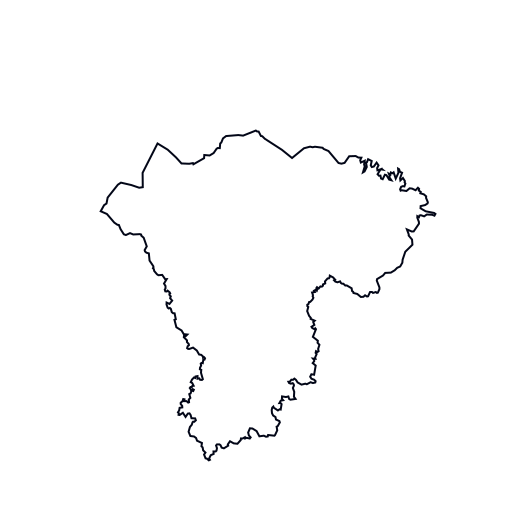 the district of Bela Vista, Mato Grosso do Sul, Brazil, rotated 320°
{"feature_id": "56859067B95751295676560", "entity_name": "Bela Vista", "entity_type": "district", "adm_level": 2, "iso_a3": "BRA", "parent_name": "Brazil", "parent_adm1": "Mato Grosso do Sul", "projection": "natural_earth1", "projection_center": [-56.561, -21.914], "detail": "fine", "context": "isolated", "style": "outline", "palette": "ink", "viewbox_px": 512, "rotation_deg": 320, "n_neighbors": 0, "source": "geoboundaries", "source_scale": "gbopen_adm2", "svg_char_len": 6138}
<svg xmlns="http://www.w3.org/2000/svg" viewBox="0 0 512 512"><g transform="rotate(320 256 256)"><path d="M423.4,312.8L422.8,310.5L424.1,309.4L423.9,307.8L420.5,308.2L418.9,304.7L417.2,302.9L413.0,302.9L409.9,299.3L408.8,298.9L409.3,297.5L411.7,296.3L413.4,296.9L414.4,298.1L417.0,296.5L417.2,295.1L418.2,294.3L418.7,290.7L415.2,290.9L416.4,289.0L421.4,286.1L420.4,284.0L421.4,281.5L421.0,280.4L418.6,283.8L412.8,286.5L415.2,280.4L413.8,280.4L413.0,278.7L411.4,280.0L410.7,278.3L409.9,280.6L408.8,281.1L408.4,285.0L407.1,283.1L407.9,277.9L407.0,276.6L402.4,278.6L401.6,277.0L403.0,274.4L401.8,273.6L401.7,271.5L407.2,269.7L404.1,268.4L405.3,266.5L408.1,265.3L408.4,262.0L403.8,263.2L401.9,262.3L402.2,260.3L405.7,257.6L404.1,253.9L401.4,255.4L400.3,255.2L398.1,259.0L393.5,261.0L391.7,260.7L396.8,257.3L397.7,255.3L400.5,252.9L396.4,251.8L397.4,249.6L399.9,248.4L397.7,246.4L396.6,243.5L391.5,239.5L383.7,241.6L380.8,240.2L379.0,237.8L379.0,222.2L376.6,217.4L376.6,215.9L371.4,210.2L369.3,209.1L367.7,207.0L362.0,204.3L346.6,204.1L344.1,191.3L338.1,171.8L337.8,168.3L336.9,167.2L338.0,162.4L336.8,161.2L336.5,159.8L323.5,155.5L320.2,152.0L310.2,144.9L306.3,144.7L302.3,146.8L300.9,146.8L297.6,150.1L296.1,148.7L294.8,148.5L289.7,149.9L285.1,149.2L281.3,145.4L279.1,147.7L267.0,145.5L267.4,144.3L264.1,142.4L258.4,137.2L258.1,129.1L256.7,117.8L252.9,106.5L222.6,119.4L213.5,130.5L210.4,128.6L206.1,121.5L199.7,113.0L196.0,112.6L179.9,115.9L175.2,119.7L172.3,119.4L165.8,121.9L168.8,128.0L168.9,139.3L169.9,143.0L170.9,144.1L169.5,148.4L168.7,154.4L169.8,156.3L174.2,157.5L175.8,160.6L181.1,164.6L181.8,165.7L181.2,166.7L181.7,169.8L178.5,178.4L174.5,179.9L173.9,181.2L174.2,183.1L175.6,185.1L171.5,191.1L170.8,197.7L170.3,198.7L169.2,199.1L169.3,200.4L168.4,202.0L168.4,206.4L168.9,208.0L172.0,210.2L171.5,215.4L172.7,216.3L167.8,218.0L167.4,220.8L165.8,222.7L164.5,223.1L163.8,224.8L164.8,225.8L166.0,225.7L166.5,228.3L166.2,229.5L165.1,229.5L164.6,230.6L164.8,232.1L163.1,233.1L163.1,236.3L158.9,237.1L157.6,234.2L156.3,235.6L155.1,238.8L155.4,240.1L156.6,240.4L156.8,241.7L155.4,244.9L155.7,246.5L156.8,247.6L153.9,252.9L152.5,252.5L149.2,259.4L151.1,265.2L150.4,269.4L152.9,272.0L150.5,272.2L149.4,271.0L148.5,271.8L148.9,276.3L147.8,277.5L147.9,280.2L147.3,281.2L145.7,281.2L144.0,282.3L144.3,283.6L145.3,284.4L148.9,285.7L149.9,290.4L149.1,294.9L150.5,296.5L150.8,298.9L150.1,299.9L151.2,300.2L151.2,301.6L149.9,302.3L148.8,301.7L146.3,303.9L145.6,302.9L144.5,302.9L143.5,304.7L141.3,305.6L140.2,306.7L140.9,308.0L138.8,310.1L136.1,316.2L134.9,316.2L133.6,314.9L133.9,313.3L132.3,312.4L134.0,310.4L132.2,309.4L131.0,310.3L130.4,309.2L127.6,309.5L124.9,310.7L125.5,312.3L124.8,315.3L123.6,314.6L122.5,315.2L121.6,314.3L120.4,314.6L120.2,317.6L117.6,319.2L116.1,318.9L114.5,322.5L112.3,322.7L110.7,325.0L109.8,324.7L109.5,322.5L107.7,321.0L109.1,319.8L108.3,318.8L106.4,320.0L104.0,320.0L103.2,320.9L103.1,323.4L102.2,324.6L99.9,323.2L97.9,324.9L95.7,325.6L95.8,326.9L94.6,327.9L95.3,328.7L99.2,329.1L98.6,334.0L102.5,332.9L103.9,333.8L103.7,335.8L102.3,338.8L105.0,341.3L104.3,343.2L102.1,343.3L101.4,342.5L100.5,342.6L98.3,344.0L95.5,344.5L91.4,347.3L90.0,351.7L92.5,354.4L93.1,356.9L92.1,359.6L94.4,364.5L91.9,366.7L92.1,368.3L90.6,370.9L90.9,374.1L88.6,374.7L87.3,378.6L88.1,379.5L88.5,382.2L89.7,382.5L89.9,381.0L93.3,379.5L96.3,380.4L97.8,378.4L99.5,379.8L100.6,379.7L102.6,378.1L103.6,375.5L104.9,375.2L106.9,376.8L107.2,378.2L106.5,380.7L107.8,382.7L112.8,383.4L113.3,382.2L117.0,381.2L118.5,385.2L121.1,387.9L126.0,387.2L127.2,386.1L128.4,387.2L131.0,387.7L130.4,388.8L131.9,389.2L133.9,391.8L135.3,391.5L135.2,388.9L136.5,386.2L140.6,384.1L142.4,385.9L143.9,390.5L142.7,396.3L146.5,398.7L147.5,400.9L149.0,401.8L150.2,400.9L154.6,405.5L155.5,405.4L160.2,403.2L162.1,400.0L163.2,400.3L167.3,398.8L167.8,397.5L166.2,394.1L167.4,391.9L166.6,389.2L167.2,386.7L169.0,384.1L171.0,382.6L172.5,382.5L172.1,383.6L173.5,388.4L175.6,388.6L176.2,389.5L180.4,385.9L180.3,384.4L179.4,383.7L182.0,382.7L184.1,383.9L184.1,382.0L185.7,380.3L188.3,383.3L190.5,384.4L189.5,386.8L190.0,388.2L194.4,390.9L194.6,388.2L198.0,384.6L199.4,380.8L201.7,379.7L202.4,378.6L202.4,377.0L200.6,376.2L199.7,374.6L200.0,373.2L201.1,374.0L203.6,373.5L204.7,374.6L206.6,374.6L207.0,376.5L206.6,379.6L208.2,383.8L211.7,385.5L212.5,386.9L216.7,387.8L217.9,389.9L220.1,391.0L221.2,390.2L221.0,388.1L219.6,385.7L219.9,383.3L222.4,382.2L224.2,384.3L231.3,378.3L230.6,374.5L233.0,374.0L233.7,373.0L233.7,371.2L235.5,373.0L236.0,371.8L239.4,370.1L239.4,368.5L240.8,367.5L241.3,369.0L242.7,369.2L243.9,367.1L247.5,364.8L247.4,362.0L248.9,360.7L247.6,354.5L254.9,350.6L254.9,349.5L253.8,349.8L252.8,347.3L253.0,345.9L256.4,346.3L257.4,343.3L259.4,343.3L257.4,339.3L258.2,338.6L258.2,336.0L259.8,331.1L263.3,328.6L263.1,327.4L264.0,326.3L265.3,326.5L267.1,325.4L268.0,326.0L271.2,325.7L273.1,324.9L273.5,323.3L274.5,322.6L275.5,320.0L277.9,321.4L278.1,319.9L279.7,320.2L280.2,321.7L281.1,321.1L281.6,319.4L282.7,319.1L283.1,321.2L285.8,320.7L286.7,321.8L288.2,321.8L289.0,320.8L291.4,321.5L292.5,319.8L296.4,319.2L297.5,320.0L298.6,319.7L299.9,318.5L301.3,322.0L301.4,325.0L300.2,324.8L300.3,326.6L301.5,328.5L304.1,329.5L303.7,331.2L304.1,332.5L305.1,333.4L305.4,336.0L306.6,336.9L308.5,342.2L307.1,344.5L307.4,346.0L306.9,347.0L309.2,350.2L310.0,354.8L312.1,356.3L314.3,356.2L315.0,358.4L316.0,358.9L320.2,356.9L321.7,358.1L321.9,359.5L324.6,360.6L324.9,362.0L325.8,362.4L329.3,360.7L330.4,359.3L332.7,352.5L333.9,351.5L340.7,352.6L344.1,352.0L348.6,355.4L353.1,356.1L356.6,355.8L359.7,356.7L363.8,355.2L365.9,353.1L373.1,348.7L383.1,347.9L386.1,343.7L386.1,338.5L386.9,337.6L388.7,332.6L391.1,337.4L392.6,338.5L401.6,336.0L402.7,334.6L404.2,330.3L405.2,329.2L405.8,331.0L407.3,330.1L408.5,330.7L410.3,333.7L413.5,334.0L417.5,337.7L418.6,339.8L420.5,339.1L420.1,337.5L414.7,330.8L412.7,325.2L414.2,323.6L418.3,325.7L421.2,326.0L422.2,325.3L423.6,320.8L424.7,319.7L424.2,316.6L422.2,313.6L423.4,312.8ZM120.2,317.6L122.0,317.4L122.4,318.5L121.1,319.1L120.2,317.6ZM407.2,269.7L408.5,271.2L408.3,270.0L407.2,269.7Z" fill="none" stroke="#020617" stroke-width="2"/></g></svg>